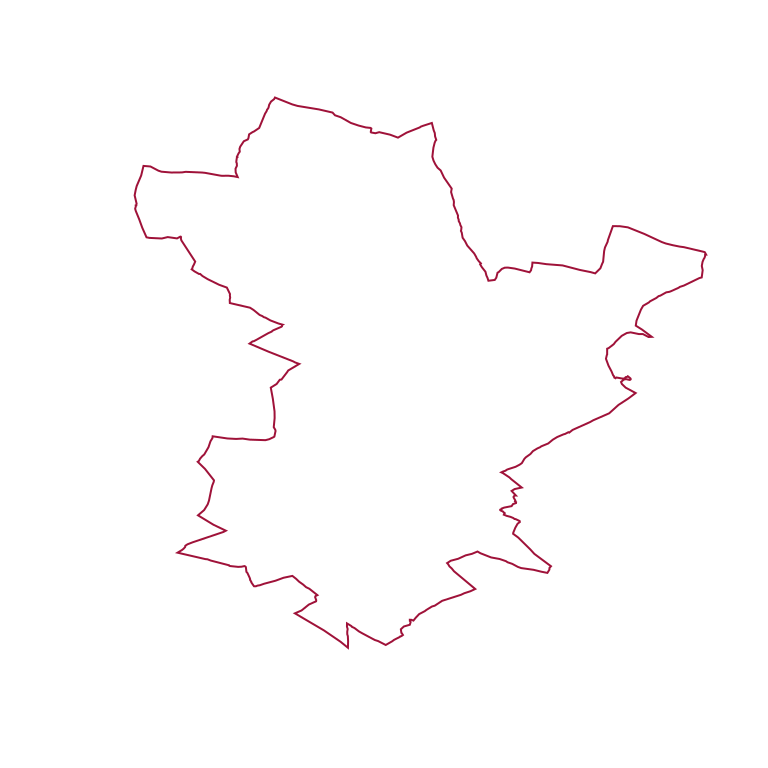 Birkenes nor, Aust-Agder, Norway, rotated 13°
{"feature_id": "86288312B11283211528178", "entity_name": "Birkenes nor", "entity_type": "district", "adm_level": 2, "iso_a3": "NOR", "parent_name": "Norway", "parent_adm1": "Aust-Agder", "projection": "equal_earth", "projection_center": [8.204, 58.44], "detail": "fine", "context": "isolated", "style": "outline", "palette": "rose", "viewbox_px": 768, "rotation_deg": 13, "n_neighbors": 0, "source": "geoboundaries", "source_scale": "gbopen_adm2", "svg_char_len": 6162}
<svg xmlns="http://www.w3.org/2000/svg" viewBox="0 0 768 768"><g transform="rotate(13 384 384)"><path d="M408.2,649.1L406.9,642.8L405.5,637.8L404.5,636.1L403.9,633.6L403.7,630.9L402.5,628.8L401.8,625.6L406.7,627.2L407.3,627.8L410.1,628.4L415.2,630.7L418.9,631.8L432.6,635.5L436.1,635.8L444.4,637.9L449.8,632.9L451.4,631.0L456.3,626.9L456.5,626.4L457.7,625.7L458.9,624.3L457.4,622.8L456.9,622.6L455.6,619.2L457.9,615.8L463.3,612.8L463.5,610.2L463.3,609.6L462.5,609.1L462.2,607.9L463.7,607.6L465.9,607.9L467.5,604.6L470.0,600.3L474.9,596.1L476.2,594.5L480.8,590.0L483.3,588.6L489.4,582.2L506.4,572.1L509.3,569.8L514.8,566.5L519.0,563.2L494.3,550.7L491.5,548.5L488.8,547.0L487.1,545.2L485.8,544.3L488.8,541.2L495.6,537.6L502.1,532.6L507.9,529.7L512.8,526.2L516.0,527.2L527.4,528.9L536.0,528.5L542.7,529.2L544.5,529.9L549.4,530.4L555.6,532.1L559.1,532.5L571.5,531.4L579.6,531.5L585.7,531.3L586.9,527.7L586.6,526.0L587.7,524.0L568.7,515.7L563.8,512.3L549.3,503.4L543.5,500.9L543.4,499.7L544.3,494.4L545.6,490.1L547.4,487.9L547.0,487.0L542.5,486.0L541.6,486.2L540.1,485.5L537.1,485.0L533.3,484.9L530.2,484.4L530.7,482.7L530.4,482.4L529.6,482.3L528.6,481.5L526.1,481.0L525.5,480.6L525.5,480.3L526.8,479.4L526.7,478.9L528.9,477.4L535.8,474.3L536.7,472.0L539.4,470.3L539.3,469.4L538.0,468.8L538.2,468.0L535.8,465.4L535.6,464.8L536.3,463.3L537.6,463.0L532.4,459.5L534.9,457.0L541.5,453.9L529.4,448.1L527.2,446.8L520.0,444.1L518.2,443.7L519.7,442.5L522.0,441.1L522.7,440.1L524.1,439.1L530.8,435.1L534.3,432.1L536.1,430.1L537.6,425.4L538.7,423.5L542.4,419.3L544.2,415.9L548.0,412.2L550.4,410.4L551.2,409.4L557.4,405.0L561.0,400.3L564.7,396.7L570.2,392.7L571.7,391.9L574.5,389.5L575.4,389.7L578.1,386.3L593.4,374.7L596.0,372.3L610.0,361.9L617.2,351.6L625.3,343.2L631.2,336.2L620.3,333.2L615.8,330.5L614.5,328.7L616.6,325.8L618.7,324.8L622.3,324.8L622.8,324.6L623.3,324.0L623.2,323.5L622.7,323.0L619.8,321.6L619.3,322.4L618.0,322.9L617.0,324.6L614.7,325.1L608.9,325.4L608.3,326.3L606.9,325.9L606.5,324.8L605.4,324.1L602.9,320.6L598.6,315.6L594.6,309.5L594.6,305.7L594.8,305.1L593.5,299.4L594.8,298.5L598.9,293.5L600.1,290.8L604.8,283.6L609.1,279.7L612.7,278.2L621.3,278.0L625.0,277.1L631.2,278.7L634.3,277.8L623.1,272.9L616.2,270.5L615.8,265.5L617.6,253.8L618.9,249.5L623.9,244.8L624.5,243.7L630.0,238.9L631.8,236.6L633.3,235.8L638.4,231.2L641.3,230.0L642.8,229.0L649.5,223.9L650.3,222.9L654.1,220.6L667.5,209.8L669.6,208.7L668.9,201.4L667.1,197.5L666.9,193.3L667.4,190.3L667.9,189.0L668.1,187.2L667.8,185.8L668.8,185.5L666.9,183.4L666.0,183.3L645.4,183.2L641.2,183.6L634.3,183.8L626.9,183.7L622.8,183.2L603.8,179.2L586.4,176.5L578.2,177.2L571.5,178.7L569.8,193.5L569.9,195.1L568.6,201.3L568.6,204.9L570.0,215.6L569.5,217.8L568.8,222.6L564.9,228.7L560.1,228.5L549.2,228.8L531.3,228.3L515.3,230.7L507.0,231.4L501.3,232.3L501.9,236.2L501.6,238.3L501.7,240.1L500.7,242.4L485.4,242.1L478.5,242.7L475.5,243.5L472.9,245.4L470.6,249.1L469.6,250.0L469.5,255.2L468.5,257.7L462.5,259.9L460.9,257.2L459.4,255.3L457.6,251.8L453.0,248.1L450.7,245.7L451.3,244.7L448.8,243.1L446.1,240.7L445.1,239.3L442.5,236.5L434.0,230.4L430.8,226.6L427.7,223.8L425.7,219.0L424.5,217.5L424.6,216.7L424.2,213.8L422.6,211.9L421.9,210.4L420.2,208.5L419.8,207.1L418.6,205.3L418.2,203.2L411.7,194.1L411.2,190.9L410.3,188.7L409.6,188.0L406.2,181.9L406.0,178.4L396.1,169.4L391.2,163.2L387.5,161.2L384.6,158.4L382.0,155.2L380.0,151.7L379.5,147.4L379.0,142.6L379.1,137.4L379.5,135.3L380.0,134.4L378.1,131.3L377.0,128.0L375.4,125.7L371.9,118.9L363.7,123.8L361.8,125.1L361.2,125.9L349.5,134.0L342.2,140.8L333.8,139.7L322.7,139.7L319.2,141.6L314.9,141.8L314.4,141.4L314.2,137.9L313.3,137.5L308.5,138.1L301.1,137.9L293.0,137.1L281.8,133.8L275.8,133.2L272.8,131.1L258.8,131.1L237.2,132.5L231.7,132.2L213.3,129.4L212.9,131.1L210.4,134.2L209.3,137.7L209.3,140.7L209.0,141.8L208.4,142.9L208.2,144.7L207.3,147.3L204.8,162.6L200.4,167.3L199.3,168.1L196.4,171.1L196.6,174.9L196.3,176.3L192.8,179.0L190.5,185.1L190.3,187.5L191.2,190.1L190.4,192.0L189.6,195.6L190.1,195.9L189.7,196.4L190.0,200.1L190.2,201.1L190.9,202.0L191.6,204.5L190.9,207.6L191.9,211.2L194.9,215.3L190.9,215.4L185.3,216.1L179.3,217.6L177.3,217.8L162.2,218.5L159.1,218.9L143.0,221.9L139.5,223.3L129.1,225.8L119.4,227.2L116.2,226.9L107.5,224.6L100.6,225.6L100.5,235.5L98.5,246.8L98.4,250.7L98.6,256.3L102.4,264.0L102.3,264.5L102.5,265.6L101.9,265.9L102.2,266.6L102.1,269.2L103.2,271.2L108.5,278.7L113.3,286.1L119.6,294.5L122.6,294.4L134.8,292.2L140.2,289.5L149.6,288.7L152.4,286.2L152.9,286.2L153.2,286.5L153.2,287.5L154.2,289.6L172.5,307.2L171.9,310.5L171.3,312.5L171.2,314.7L170.8,315.5L174.0,316.9L179.0,318.4L180.1,318.1L182.8,319.6L188.6,321.5L201.0,324.4L209.2,325.4L213.7,331.0L213.9,332.4L214.7,334.5L214.7,336.7L215.6,339.8L236.3,339.8L240.2,341.2L247.3,344.7L250.2,345.2L251.8,345.9L253.6,346.0L259.0,347.6L267.6,348.8L271.9,349.0L271.5,349.4L271.6,350.7L271.2,351.3L264.4,356.3L263.3,357.3L262.8,358.2L259.8,360.5L249.6,369.8L247.5,371.6L246.3,372.1L243.9,374.9L264.3,378.5L290.5,382.4L292.6,383.0L296.9,383.5L287.6,392.4L287.0,394.1L283.1,402.7L281.5,403.3L279.4,408.1L274.5,413.0L279.1,423.6L283.5,435.3L285.1,441.8L286.3,450.9L288.4,453.1L288.9,454.2L289.0,459.9L288.5,460.5L284.6,463.6L281.1,465.4L265.7,468.4L258.5,469.0L252.2,470.8L243.7,472.3L228.8,473.5L229.0,475.3L227.8,478.9L227.2,485.1L224.7,493.1L223.2,495.1L221.6,498.1L220.9,500.7L220.0,501.7L228.7,507.0L240.0,516.1L240.1,517.6L239.5,521.4L239.4,524.4L239.7,536.9L239.3,540.9L237.1,547.3L232.3,553.8L249.5,559.5L262.9,562.5L260.8,564.3L233.3,581.2L228.6,584.4L226.8,586.3L226.9,587.6L225.7,589.7L224.5,591.2L220.8,594.8L249.4,594.8L251.4,594.5L254.9,595.0L273.8,595.5L274.1,595.9L275.0,596.0L283.0,595.0L286.2,594.1L289.0,592.8L289.9,593.0L290.6,593.5L292.2,598.0L293.4,598.8L296.6,602.9L297.5,604.3L297.5,604.9L299.2,606.6L299.3,607.1L302.8,610.3L304.7,609.9L306.1,608.9L308.3,608.0L312.1,605.6L322.5,600.1L329.7,595.4L337.9,591.6L342.2,593.6L345.7,595.7L350.3,597.6L353.8,599.5L357.3,600.3L366.6,604.7L365.0,606.0L364.8,607.1L366.6,609.9L366.7,611.0L360.4,615.8L354.6,623.2L348.8,627.5L380.9,637.6L399.6,644.9L408.2,649.1Z" fill="none" stroke="#9f1239" stroke-width="2"/></g></svg>